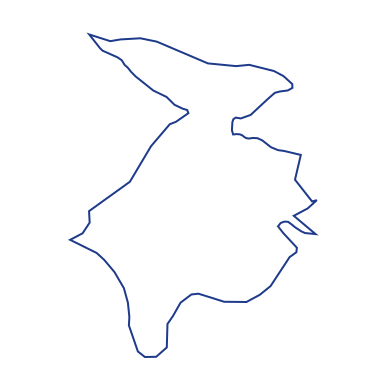 SVG path tracing the border of Nova Goriška, rotated 177°
{"feature_id": "SVN-260", "entity_name": "Nova Goriška", "entity_type": "Statistical Region", "adm_level": 1, "iso_a3": "SVN", "parent_name": "Slovenia", "parent_adm1": "", "projection": "natural_earth1", "projection_center": [13.71, 45.972], "detail": "fine", "context": "isolated", "style": "outline", "palette": "blue", "viewbox_px": 384, "rotation_deg": 177, "n_neighbors": 0, "source": "natural_earth", "source_scale": "10m", "svg_char_len": 1302}
<svg xmlns="http://www.w3.org/2000/svg" viewBox="0 0 384 384"><g transform="rotate(177 192 192)"><path d="M81.4,223.3L88.5,198.9L72.6,176.3L67.8,177.3L68.5,176.7L77.4,169.5L91.6,162.9L70.8,143.5L81.3,145.1L84.9,147.0L90.7,151.2L94.4,154.6L97.6,157.2L101.4,157.6L105.1,156.4L107.9,153.2L103.0,146.2L90.2,130.9L90.9,126.4L97.9,121.9L118.5,93.9L129.7,85.8L143.4,79.3L165.6,80.7L190.9,90.1L198.0,89.7L209.2,82.1L217.6,69.0L223.4,61.5L225.3,38.1L236.4,29.3L247.7,29.7L254.4,35.6L262.0,62.1L261.1,70.5L261.8,84.8L265.0,99.4L273.6,116.1L283.3,128.9L290.4,136.1L316.2,150.6L303.4,156.5L295.8,166.8L295.8,178.3L253.5,205.5L230.5,239.9L210.6,260.9L204.4,262.9L191.5,270.9L192.5,274.1L197.2,275.8L204.9,280.0L212.4,288.2L225.4,295.4L242.3,310.4L246.4,315.0L249.7,319.6L252.6,322.4L255.2,327.2L259.2,330.3L273.9,337.8L276.3,340.4L286.4,354.7L265.7,346.9L255.5,348.1L235.5,348.2L219.3,344.0L169.4,319.6L141.3,315.4L128.2,316.0L103.8,308.5L94.5,302.9L86.2,294.5L86.3,290.7L91.0,288.4L98.8,287.8L104.1,286.7L111.1,281.2L129.4,265.9L139.4,262.9L144.4,264.0L146.9,262.5L148.0,259.7L148.9,251.5L147.9,247.3L144.5,247.5L141.3,247.1L138.9,246.0L136.8,244.1L134.9,242.9L132.2,242.4L128.4,242.8L123.8,242.3L119.3,240.0L110.8,232.6L103.9,229.3L98.0,228.2L81.4,223.3Z" fill="none" stroke="#1e3a8a" stroke-width="2"/></g></svg>